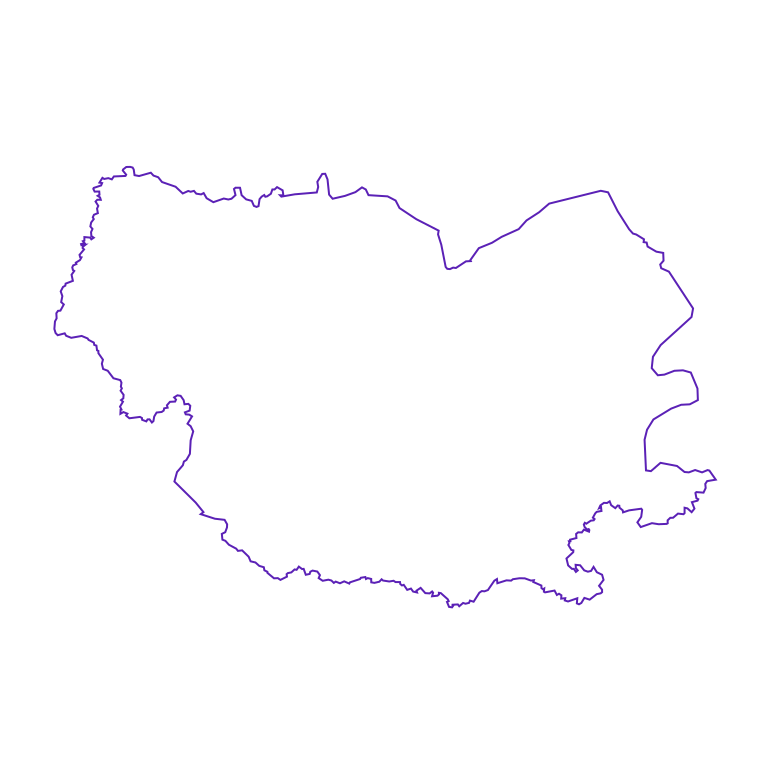 outline of Kita, Kayes, Mali, rotated 87°
{"feature_id": "8926073B18522946307375", "entity_name": "Kita", "entity_type": "district", "adm_level": 2, "iso_a3": "MLI", "parent_name": "Mali", "parent_adm1": "Kayes", "projection": "natural_earth1", "projection_center": [-9.401, 13.202], "detail": "fine", "context": "isolated", "style": "outline", "palette": "violet", "viewbox_px": 768, "rotation_deg": 87, "n_neighbors": 0, "source": "geoboundaries", "source_scale": "gbopen_adm2", "svg_char_len": 6127}
<svg xmlns="http://www.w3.org/2000/svg" viewBox="0 0 768 768"><g transform="rotate(87 384 384)"><path d="M183.9,485.3L188.1,487.0L190.5,490.9L190.8,492.7L189.0,493.7L190.5,496.4L192.9,498.6L199.8,500.0L200.5,502.0L199.3,504.6L194.2,506.5L192.4,512.0L188.0,516.3L180.5,517.5L180.2,522.0L181.4,523.6L187.6,522.4L191.0,526.6L191.6,529.8L190.4,534.3L193.5,544.9L189.2,551.4L183.9,554.1L185.1,556.7L184.1,561.5L181.2,563.7L181.9,567.0L181.0,569.4L183.2,575.0L176.1,581.8L170.7,595.1L165.7,598.7L163.8,603.3L160.8,605.8L163.5,617.7L162.4,622.2L156.7,622.7L154.7,623.7L153.9,626.1L153.8,630.0L156.1,633.3L157.1,633.7L161.5,630.5L162.7,631.3L162.6,642.9L165.4,645.1L164.0,648.5L164.6,652.7L163.4,654.4L168.0,657.6L168.6,655.0L170.9,656.1L173.0,663.6L173.9,664.1L176.7,662.9L176.9,658.3L180.1,658.2L181.1,660.1L182.8,657.8L185.2,657.2L185.0,660.7L186.7,662.5L191.2,660.0L193.8,661.4L198.4,660.8L199.8,664.8L202.3,666.1L204.1,665.2L207.4,668.0L211.3,669.0L213.9,667.0L217.0,668.6L220.9,668.5L222.7,666.2L224.2,668.7L222.4,669.8L221.6,675.5L225.1,675.7L225.6,677.2L227.7,675.6L228.4,679.2L229.6,678.9L229.4,675.0L231.2,677.6L232.4,677.9L233.9,676.5L239.1,681.3L241.4,680.8L241.7,679.5L244.4,681.2L246.7,685.4L248.1,684.9L249.3,688.2L251.2,689.2L253.9,688.7L254.9,687.4L258.5,690.3L264.7,689.3L267.1,696.7L269.1,697.1L270.3,699.5L274.6,702.0L279.4,700.6L285.3,702.1L287.8,699.6L293.8,703.3L293.9,705.7L296.2,707.5L301.3,707.5L304.3,709.3L311.8,710.3L315.9,709.3L318.2,707.3L316.7,700.2L319.2,698.9L321.5,693.9L320.2,683.4L323.0,677.6L324.5,676.7L327.5,671.6L329.8,671.3L330.6,669.2L335.3,668.8L336.0,667.5L338.3,667.6L345.0,663.4L349.0,664.7L354.3,663.7L356.3,659.2L364.1,653.9L366.3,647.2L368.9,646.1L372.9,646.9L374.6,646.0L376.9,647.4L381.2,644.6L384.7,645.1L386.3,647.4L388.0,645.6L392.8,648.8L395.8,647.5L396.0,648.4L400.0,648.8L398.4,645.7L400.2,641.8L402.0,643.2L404.9,640.1L404.1,629.4L405.3,627.5L407.1,627.4L408.9,623.3L407.0,622.0L407.0,620.0L410.3,617.8L409.0,616.2L404.5,615.2L400.6,612.6L400.3,607.5L399.0,605.4L396.8,604.8L396.3,601.3L393.9,601.9L390.6,598.7L390.6,593.5L388.7,592.5L386.4,594.3L384.5,590.9L385.2,587.7L389.7,584.9L393.8,584.3L393.6,580.4L395.6,578.6L400.4,579.5L401.9,584.3L403.9,583.6L404.4,580.1L406.3,577.4L413.4,582.3L416.0,579.3L421.3,577.0L430.1,580.0L443.6,581.5L449.5,585.3L451.0,587.9L454.6,589.1L461.1,595.3L470.4,598.4L492.5,578.3L502.5,571.0L504.4,573.8L509.7,559.9L511.3,550.3L515.9,548.0L519.0,548.3L523.7,550.3L525.2,553.8L531.0,553.5L532.3,550.6L536.4,547.3L540.7,540.2L543.0,538.6L542.7,534.4L549.4,528.2L554.1,526.5L555.5,521.7L559.1,518.1L560.7,513.6L563.8,513.2L565.4,510.3L566.5,510.3L572.3,504.0L572.3,500.2L574.2,497.7L571.3,491.0L568.8,491.2L567.8,489.9L567.3,486.4L564.5,483.0L565.0,481.0L561.9,478.6L564.5,475.5L564.4,473.9L570.4,472.1L569.8,468.2L567.6,467.4L566.6,465.1L567.8,460.4L571.5,458.0L574.4,459.4L577.3,455.5L576.5,449.8L577.5,446.8L580.0,444.5L578.8,442.6L580.7,438.4L579.0,434.1L581.5,429.1L580.3,428.4L577.5,418.1L576.3,417.3L575.8,412.7L577.8,412.2L577.0,410.4L578.0,407.0L581.4,407.1L582.1,404.0L581.2,399.0L578.9,396.6L580.2,395.3L581.5,389.1L581.0,384.7L582.4,382.9L582.6,378.4L584.6,378.2L586.1,376.6L585.6,374.8L590.8,371.6L589.7,367.8L592.8,365.8L593.9,361.9L592.1,362.4L589.5,358.1L595.0,353.7L595.5,349.4L593.7,346.8L594.9,345.9L598.5,347.1L598.2,341.6L597.0,340.1L595.4,340.1L595.8,338.2L602.3,331.6L604.2,330.8L604.9,332.5L610.0,330.7L610.6,327.7L608.8,326.3L608.0,327.9L608.0,321.8L609.9,320.5L606.8,316.5L607.7,314.1L607.0,310.5L604.8,309.5L606.1,305.9L597.4,299.7L595.9,297.2L596.3,294.5L595.2,291.0L586.2,284.1L584.7,281.4L588.9,281.2L586.5,272.0L587.0,267.3L585.7,265.5L585.1,259.2L585.4,253.7L588.0,247.5L587.8,244.6L589.5,245.3L593.5,237.4L596.1,237.4L597.3,236.0L596.6,234.7L599.8,235.2L600.5,234.1L599.2,224.5L603.7,222.4L602.6,220.2L604.3,217.9L607.6,218.3L607.4,214.2L609.6,214.8L610.8,211.6L608.1,202.2L613.2,202.9L614.2,200.8L613.0,198.4L608.1,195.1L610.1,189.9L605.0,182.6L604.4,178.6L603.3,177.1L600.8,177.0L596.8,179.8L591.1,175.0L585.9,176.2L583.1,181.3L577.6,184.3L581.5,187.0L582.1,190.2L580.6,193.8L575.3,197.6L574.6,202.1L577.9,202.0L580.3,200.3L581.7,202.2L578.5,204.1L578.5,205.9L574.8,209.6L567.8,210.9L561.8,203.8L560.1,203.6L559.5,205.6L554.4,208.3L552.4,207.1L550.7,207.6L550.7,206.1L549.2,206.3L547.9,199.9L543.8,200.0L542.3,197.9L542.6,194.2L539.9,192.0L542.2,187.0L540.6,186.6L539.6,187.2L540.0,188.7L537.4,191.1L534.8,191.8L533.1,190.7L534.1,189.3L531.3,184.6L531.1,181.7L529.9,180.8L528.4,182.4L524.2,179.8L522.8,178.3L522.2,173.5L518.5,173.7L519.3,175.7L516.6,174.3L514.2,170.6L514.5,167.5L513.0,164.8L516.9,163.5L520.1,159.5L517.6,157.0L517.9,155.4L519.8,155.3L522.7,152.2L524.7,152.0L523.0,145.8L522.0,133.6L523.2,132.8L530.1,134.1L535.4,138.2L540.3,135.1L537.0,123.7L538.4,117.1L538.5,109.1L538.0,108.0L535.0,107.9L532.6,105.1L532.7,102.3L528.8,97.2L529.7,91.7L528.7,90.6L523.3,90.3L524.1,87.5L528.1,83.5L524.7,80.5L518.1,82.7L516.9,77.0L515.5,76.2L514.4,78.0L509.1,78.7L508.3,77.7L509.2,70.6L504.7,68.2L500.6,68.4L497.9,66.4L496.9,57.7L487.5,63.6L486.9,65.4L488.9,71.0L486.2,77.8L488.2,84.2L487.6,88.5L481.2,95.7L477.2,112.0L485.0,122.0L484.0,126.9L453.3,126.7L443.4,123.7L433.5,116.8L423.6,98.5L420.3,88.3L420.3,79.7L416.5,71.4L404.9,71.2L388.6,77.0L386.0,84.7L386.0,93.3L389.3,103.5L389.6,110.1L382.2,115.8L370.9,114.0L359.6,105.7L333.2,73.4L324.7,71.4L286.7,93.6L282.9,101.1L279.1,101.9L275.5,98.4L267.7,98.3L266.1,105.1L260.5,113.6L256.5,114.3L255.9,117.3L253.1,116.8L247.9,124.3L246.8,127.5L242.3,131.1L223.7,141.6L204.3,150.2L202.4,157.4L212.5,209.6L220.6,220.1L228.1,233.1L236.4,241.4L243.2,258.8L248.6,268.7L253.3,282.2L264.8,291.3L265.8,290.9L265.8,295.7L271.9,306.1L271.4,308.9L272.7,312.1L272.3,314.8L270.3,316.3L247.9,319.5L237.4,322.2L233.7,321.4L221.1,343.1L209.1,359.3L201.4,362.8L196.8,370.6L194.6,389.6L188.8,392.0L186.5,395.7L190.9,402.5L194.1,413.1L196.3,425.6L192.0,428.9L176.7,429.7L171.0,431.7L171.0,434.7L178.6,440.0L183.8,439.4L189.2,441.1L189.9,463.2L191.5,476.7L190.1,477.9L190.4,474.6L185.3,475.1L181.8,480.5L184.0,483.1L183.9,485.3Z" fill="none" stroke="#5b21b6" stroke-width="2"/></g></svg>